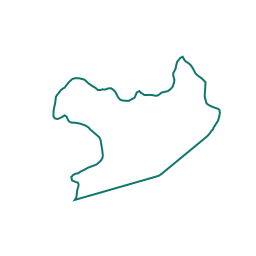 Boa Vista do Gurupi, Maranhão, Brazil, rotated 25°
{"feature_id": "56859067B62524536065955", "entity_name": "Boa Vista do Gurupi", "entity_type": "district", "adm_level": 2, "iso_a3": "BRA", "parent_name": "Brazil", "parent_adm1": "Maranhão", "projection": "mercator", "projection_center": [-46.212, -1.769], "detail": "fine", "context": "isolated", "style": "outline", "palette": "teal", "viewbox_px": 256, "rotation_deg": 25, "n_neighbors": 0, "source": "geoboundaries", "source_scale": "gbopen_adm2", "svg_char_len": 1720}
<svg xmlns="http://www.w3.org/2000/svg" viewBox="0 0 256 256"><g transform="rotate(25 128 128)"><path d="M110.1,215.7L172.7,161.3L174.5,159.7L176.3,158.0L177.9,155.2L203.1,102.4L204.3,98.8L204.8,95.5L205.7,93.2L205.4,91.5L206.5,83.2L205.8,78.8L204.8,75.2L203.1,72.9L201.4,72.6L195.3,73.2L190.5,73.0L188.6,72.3L184.8,67.9L183.9,66.4L179.0,53.8L174.0,51.9L168.3,50.8L165.7,49.7L161.5,46.5L158.4,44.6L156.3,43.9L151.4,43.1L147.4,40.3L145.7,42.6L145.2,44.9L144.6,47.3L145.3,51.1L146.1,54.4L145.8,58.9L147.0,61.6L149.8,64.9L150.6,67.7L151.0,71.9L150.1,74.8L148.6,77.7L145.2,80.3L143.2,82.0L142.5,83.8L141.4,85.6L139.8,87.0L136.5,87.8L132.8,89.2L130.2,90.6L128.5,91.2L126.8,90.7L125.0,90.7L122.7,89.7L120.9,92.1L121.2,97.2L120.5,98.8L118.3,101.4L117.5,102.9L114.7,104.2L111.4,105.4L109.1,105.7L105.6,104.1L103.8,102.5L100.8,100.4L97.9,99.4L95.7,99.2L93.3,100.5L91.0,102.9L88.4,103.8L87.0,105.2L84.7,106.3L81.6,105.4L77.7,105.0L73.0,104.2L70.6,103.3L68.0,102.6L62.6,103.6L59.1,105.2L56.8,107.1L54.9,111.9L54.0,115.7L53.5,118.2L52.3,119.9L51.3,121.8L49.8,127.7L49.5,130.3L50.5,133.2L51.5,136.4L52.5,141.0L53.0,142.7L53.5,144.5L54.6,146.9L55.7,149.2L57.6,150.2L60.0,149.8L61.8,148.2L64.1,145.2L65.2,143.3L67.6,143.7L70.9,146.6L73.3,147.2L75.1,146.7L77.3,145.8L82.0,144.4L86.1,143.9L88.8,143.7L92.0,144.2L94.5,145.4L97.0,146.0L100.1,146.9L103.4,147.8L106.0,148.6L108.0,150.2L109.5,152.4L111.6,155.4L113.8,158.6L116.9,163.7L117.5,166.0L117.4,168.1L116.6,170.6L115.0,174.2L112.4,177.0L108.6,180.8L105.8,184.7L103.5,187.4L102.0,190.0L99.5,191.9L98.2,193.7L97.3,196.4L99.5,199.2L103.2,199.0L105.5,198.7L106.9,199.8L107.7,201.9L108.3,205.9L109.5,209.6L110.5,212.9L110.1,215.7Z" fill="none" stroke="#0f766e" stroke-width="2"/></g></svg>